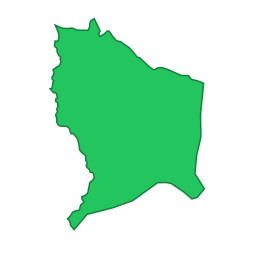 Fronteiras, Piauí, Brazil (orthographic projection), rotated 275°
{"feature_id": "56859067B86555367921945", "entity_name": "Fronteiras", "entity_type": "district", "adm_level": 2, "iso_a3": "BRA", "parent_name": "Brazil", "parent_adm1": "Piauí", "projection": "orthographic", "projection_center": [-40.578, -7.082], "detail": "fine", "context": "isolated", "style": "filled", "palette": "green", "viewbox_px": 256, "rotation_deg": 275, "n_neighbors": 0, "source": "geoboundaries", "source_scale": "gbopen_adm2", "svg_char_len": 1902}
<svg xmlns="http://www.w3.org/2000/svg" viewBox="0 0 256 256"><g transform="rotate(275 128 128)"><path d="M72.2,208.1L74.1,209.4L88.2,198.7L90.0,198.7L106.6,198.7L125.3,201.4L127.8,201.2L146.1,199.2L151.1,199.1L179.2,199.4L180.3,195.9L181.1,192.7L181.9,187.0L185.4,183.7L185.0,176.4L189.7,162.6L191.2,156.2L190.7,152.8L188.6,149.7L188.3,148.2L190.8,143.9L198.9,133.7L199.5,130.9L205.7,125.0L208.4,121.8L211.0,116.9L213.3,113.3L213.9,108.9L218.1,104.5L220.7,102.6L222.5,101.0L223.0,99.1L221.3,97.7L220.2,96.6L218.5,94.9L216.8,91.7L219.0,90.7L222.2,91.7L223.8,90.9L230.6,86.8L234.0,84.8L231.7,81.7L229.1,80.9L224.7,80.8L221.8,79.5L221.1,68.7L222.7,63.5L221.8,59.3L221.7,53.6L224.1,46.6L219.3,49.2L215.2,51.0L210.9,51.3L208.3,50.4L208.3,47.8L206.1,47.8L204.0,47.4L202.7,48.2L200.8,50.4L199.1,50.5L197.0,51.0L194.0,53.0L192.9,54.8L190.8,54.4L188.4,55.5L186.1,54.9L183.9,54.0L182.7,51.8L179.5,48.2L177.4,49.3L174.5,49.2L172.2,47.8L169.7,48.4L168.5,49.9L166.7,49.2L163.5,49.2L161.0,48.7L160.3,47.0L158.3,49.2L156.7,50.7L156.9,52.6L155.2,54.2L153.5,54.4L151.8,55.2L150.8,53.6L148.1,53.6L147.5,55.4L145.2,55.8L143.9,56.6L141.9,55.7L140.3,55.4L137.9,56.4L136.2,55.3L134.3,54.8L131.8,56.2L127.7,56.5L125.1,58.1L124.2,59.4L124.0,62.4L124.4,65.5L123.9,67.8L122.4,69.5L119.0,70.8L117.2,72.1L117.6,74.1L115.2,76.4L113.4,78.2L111.6,79.1L105.4,81.1L102.1,81.6L99.9,83.6L96.8,88.1L95.0,88.4L91.9,88.7L89.9,90.5L86.7,89.7L85.2,90.5L83.0,93.4L80.8,94.1L80.3,96.8L78.3,98.1L75.2,98.6L72.9,97.4L70.3,94.7L60.6,93.7L58.2,92.6L56.6,90.1L55.6,88.0L53.0,88.4L51.2,90.2L49.4,89.8L47.6,87.8L45.5,87.1L43.6,87.2L41.8,86.3L41.0,83.3L39.1,80.0L35.8,78.5L32.2,75.6L30.7,77.6L28.9,78.5L26.1,79.2L22.0,83.2L38.4,94.7L41.1,102.6L43.1,108.2L47.6,120.8L56.2,139.2L67.6,152.4L69.0,154.0L71.7,157.2L76.1,162.2L77.0,171.0L76.5,175.9L69.2,189.0L62.9,197.8L64.9,203.1L72.2,208.1Z" fill="#22c55e" stroke="#15803d" stroke-width="1.5"/></g></svg>